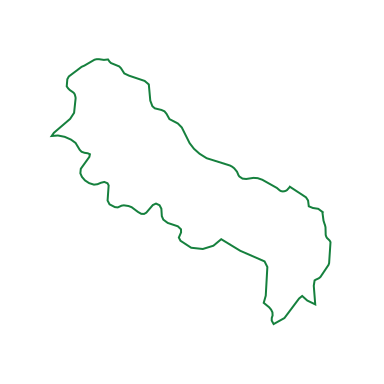 map outline of Modena (Albers equal-area conic projection), rotated 102°
{"feature_id": "ITA-5358", "entity_name": "Modena", "entity_type": "Province", "adm_level": 1, "iso_a3": "ITA", "parent_name": "Italy", "parent_adm1": "", "projection": "albers", "projection_center": [10.884, 44.538], "detail": "fine", "context": "isolated", "style": "outline", "palette": "green", "viewbox_px": 384, "rotation_deg": 102, "n_neighbors": 0, "source": "natural_earth", "source_scale": "10m", "svg_char_len": 2001}
<svg xmlns="http://www.w3.org/2000/svg" viewBox="0 0 384 384"><g transform="rotate(102 192 192)"><path d="M79.8,301.7L81.6,299.8L82.7,298.1L84.3,289.3L85.7,287.2L90.1,282.9L91.3,277.8L93.2,261.4L95.8,256.6L111.3,251.8L116.3,248.6L117.9,245.8L118.1,239.0L118.8,235.7L120.8,233.2L125.4,229.2L127.9,220.1L131.0,215.4L144.7,204.5L149.3,199.1L153.0,192.6L155.9,184.7L158.2,160.4L158.9,158.0L160.0,155.7L162.8,152.2L166.1,149.9L167.0,148.9L168.4,145.4L168.0,141.7L165.4,134.8L164.8,130.6L165.4,125.8L170.4,109.8L172.2,106.5L172.6,105.2L172.6,103.5L172.1,101.9L171.4,100.6L170.4,99.5L167.1,97.6L166.5,97.4L173.5,79.4L176.2,76.7L181.7,74.8L182.5,70.5L182.2,65.0L184.5,60.0L184.8,60.2L192.7,57.4L195.7,55.7L196.6,55.1L198.7,54.1L206.2,52.3L207.8,51.4L208.9,50.4L210.2,48.3L210.8,47.4L211.5,46.7L212.3,46.1L233.0,43.1L234.9,43.3L248.4,48.7L249.3,49.4L250.1,50.1L252.2,52.9L253.0,53.7L258.4,53.4L276.3,48.1L274.2,56.7L270.8,62.6L273.9,65.1L296.1,75.4L304.2,84.7L301.2,87.3L298.6,87.8L296.0,87.5L293.0,88.3L290.6,90.2L288.7,92.6L285.5,98.8L278.1,98.3L249.7,102.7L244.8,106.6L239.5,132.5L232.1,153.6L240.1,159.9L245.5,169.6L246.7,181.2L242.1,193.1L239.3,195.4L233.8,194.3L230.8,195.0L228.5,198.7L227.3,209.3L225.0,214.3L221.9,216.5L214.7,218.5L211.7,221.0L210.8,224.8L212.9,227.6L221.7,232.4L223.4,234.3L223.9,237.1L222.7,240.8L219.4,247.9L218.9,251.2L219.2,255.9L220.0,258.0L222.5,261.4L222.8,264.3L221.2,270.1L217.9,272.8L202.9,274.9L201.0,276.5L200.4,279.9L201.9,283.0L204.0,286.0L205.2,289.4L204.7,294.5L202.9,299.1L200.1,302.8L196.9,305.1L192.4,305.6L179.0,299.7L176.3,299.7L175.8,302.0L176.0,305.3L175.6,308.4L174.1,310.6L168.2,316.1L165.9,321.3L164.5,328.0L164.6,334.9L166.4,340.9L162.8,339.4L145.8,326.4L139.1,323.8L124.7,325.3L123.6,325.6L121.2,326.8L120.4,327.4L119.6,328.3L119.1,329.3L117.7,332.7L116.4,334.7L114.7,336.5L107.6,337.4L104.6,336.5L92.5,326.0L90.8,323.6L82.9,314.9L82.4,313.9L81.9,312.8L81.6,311.5L81.4,310.2L81.1,305.6L79.8,301.7Z" fill="none" stroke="#15803d" stroke-width="2"/></g></svg>